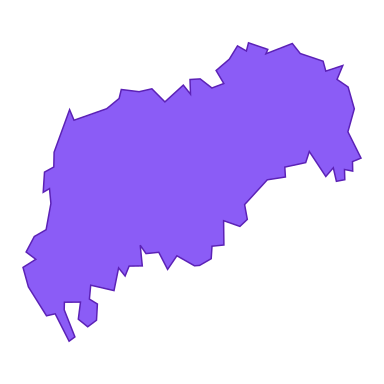 Grainger, Tennessee, United States of America (Albers equal-area conic projection)
{"feature_id": "52423323B64097397586562", "entity_name": "Grainger", "entity_type": "district", "adm_level": 2, "iso_a3": "USA", "parent_name": "United States of America", "parent_adm1": "Tennessee", "projection": "albers", "projection_center": [-83.509, 36.251], "detail": "fine", "context": "isolated", "style": "filled", "palette": "violet", "viewbox_px": 384, "rotation_deg": 0, "n_neighbors": 0, "source": "geoboundaries", "source_scale": "gbopen_adm2", "svg_char_len": 1136}
<svg xmlns="http://www.w3.org/2000/svg" viewBox="0 0 384 384"><path d="M23.0,267.4L28.4,286.9L46.5,315.8L55.2,313.8L69.1,341.2L74.9,336.9L64.2,309.8L64.4,302.2L80.5,302.1L78.3,319.2L87.7,326.8L96.5,320.2L97.4,304.0L89.4,299.1L90.7,285.2L114.0,290.6L118.6,267.9L125.1,276.0L129.1,266.1L142.3,265.9L140.2,245.2L146.0,253.6L158.8,252.3L167.6,269.4L176.9,255.8L194.5,265.8L199.6,265.4L211.2,258.7L212.0,246.2L223.9,245.0L223.6,220.7L239.9,226.4L247.3,219.4L244.6,204.6L267.3,179.8L285.4,177.0L284.8,167.1L305.7,162.6L309.3,151.5L325.8,176.5L333.3,167.8L336.4,181.3L344.8,179.7L344.5,169.5L352.7,171.1L352.5,161.6L361.0,158.1L347.9,131.8L354.3,108.8L348.1,87.0L337.0,79.4L342.8,65.5L325.8,71.1L323.1,61.2L300.2,53.5L292.3,43.5L265.9,53.8L267.8,49.4L248.5,42.8L246.4,51.0L237.5,45.9L229.3,59.2L216.1,70.5L223.8,83.5L211.9,88.0L200.2,78.9L190.0,79.5L190.5,94.2L183.3,85.1L164.9,101.9L151.9,88.8L139.1,91.7L121.3,89.5L119.1,98.5L106.7,108.7L74.0,120.2L69.6,109.7L54.1,152.2L53.8,167.0L44.5,172.1L43.2,192.3L49.5,188.6L50.9,203.5L46.1,229.7L34.3,236.5L26.1,252.0L35.8,259.3L23.0,267.4Z" fill="#8b5cf6" stroke="#5b21b6" stroke-width="1.5"/></svg>